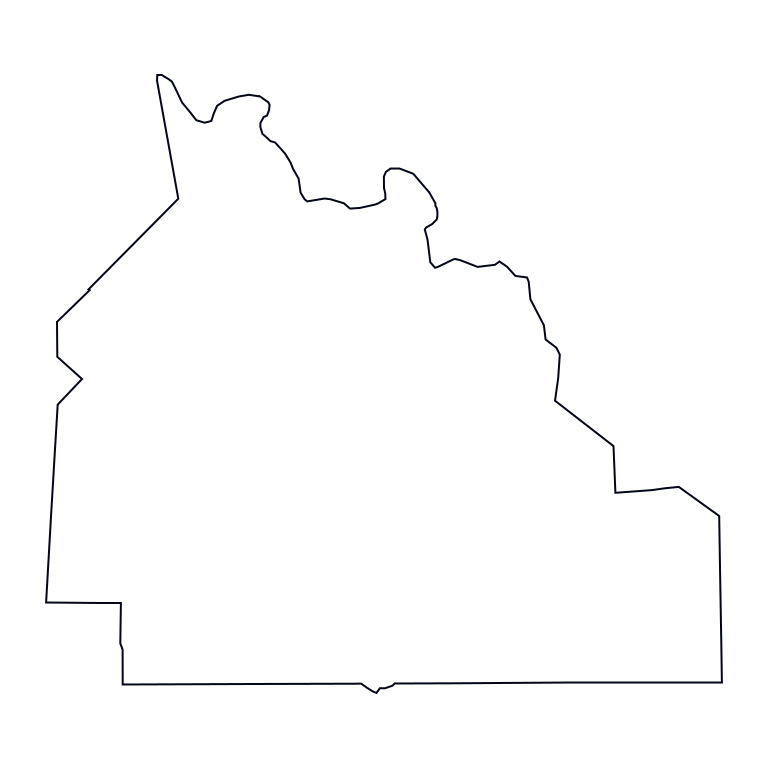 Foni Bondali, West Coast, Gambia
{"feature_id": "56634734B65915930660736", "entity_name": "Foni Bondali", "entity_type": "district", "adm_level": 2, "iso_a3": "GMB", "parent_name": "Gambia", "parent_adm1": "West Coast", "projection": "orthographic", "projection_center": [-15.934, 13.231], "detail": "fine", "context": "isolated", "style": "outline", "palette": "ink", "viewbox_px": 768, "rotation_deg": 0, "n_neighbors": 0, "source": "geoboundaries", "source_scale": "gbopen_adm2", "svg_char_len": 1675}
<svg xmlns="http://www.w3.org/2000/svg" viewBox="0 0 768 768"><path d="M499.5,261.5L495.0,264.8L477.6,266.9L460.3,260.2L454.9,258.9L452.9,259.6L439.5,266.1L437.6,267.0L435.0,267.7L430.3,262.3L427.5,239.5L424.8,229.5L426.1,227.5L432.1,224.1L436.8,219.4L437.4,216.0L437.4,212.0L436.7,208.0L435.4,205.9L435.4,203.3L429.3,192.5L413.3,173.8L400.7,169.0L399.2,168.5L395.2,168.5L390.6,168.5L385.9,171.9L383.9,176.6L384.0,188.0L385.3,193.7L385.4,199.1L378.7,203.1L375.4,204.5L360.0,207.9L350.0,208.6L344.0,203.3L330.7,199.3L325.3,198.6L324.0,198.6L307.3,201.4L304.7,199.4L300.6,192.7L298.6,178.6L293.2,169.2L290.5,162.5L285.2,153.8L281.1,149.1L275.1,142.5L270.4,141.1L267.8,138.5L262.4,133.8L260.4,127.1L260.4,123.0L263.7,117.0L267.0,115.6L269.0,110.3L269.6,104.9L268.3,102.2L264.3,99.5L261.6,97.5L259.2,96.1L259.0,96.3L248.8,94.8L238.8,96.5L224.6,100.8L217.1,105.8L213.8,113.4L211.3,121.0L204.7,122.7L196.3,120.2L190.5,112.7L182.1,102.6L175.4,88.4L172.0,81.7L168.7,79.2L164.5,76.7L162.0,75.0L158.7,75.0L157.3,75.0L157.0,80.5L178.3,198.7L88.5,289.4L89.7,290.1L57.0,321.9L57.3,356.8L82.0,379.0L57.7,404.6L54.9,450.9L51.1,514.8L46.1,602.5L98.9,603.0L120.9,603.0L120.3,643.4L122.6,649.5L122.7,682.2L122.7,684.5L253.4,684.0L356.1,683.7L361.1,683.6L366.9,687.7L372.4,691.2L376.4,693.0L379.9,688.2L384.9,688.3L388.4,687.1L392.5,685.7L394.7,683.5L452.4,683.3L572.7,682.5L721.9,682.5L721.3,643.1L720.1,573.6L719.2,516.0L678.8,486.9L665.5,488.2L652.0,490.1L615.4,492.8L613.5,446.1L555.0,400.7L555.6,396.5L558.2,378.1L559.8,354.6L556.5,347.9L545.6,339.5L543.9,325.3L530.4,299.3L528.7,281.7L527.0,277.5L515.4,275.9L507.0,266.7L499.5,261.5Z" fill="none" stroke="#020617" stroke-width="2"/></svg>